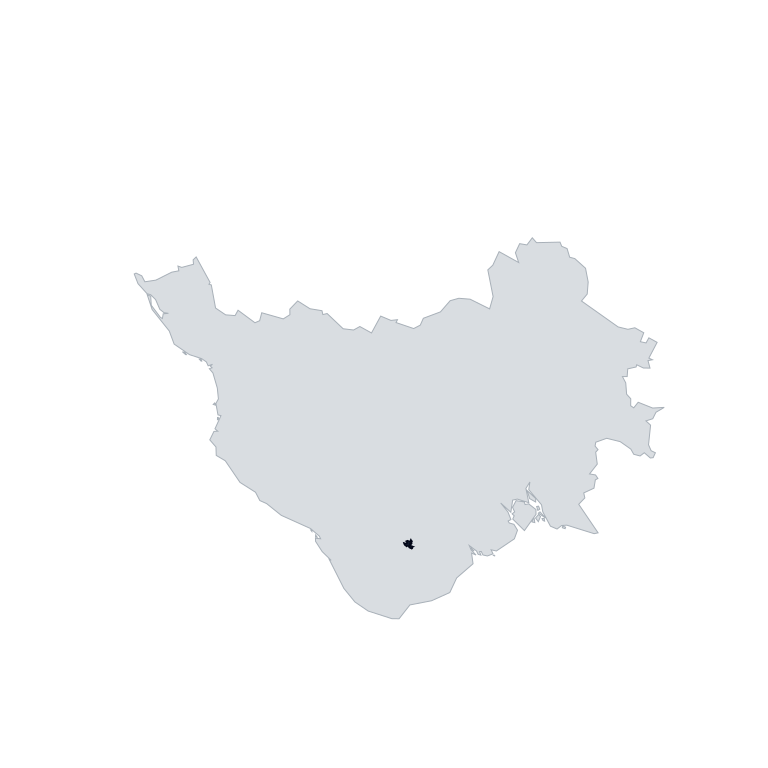 Oeiras, Piauí, Brazil shown in context, rotated 118°
{"feature_id": "56859067B10450749339831", "entity_name": "Oeiras", "entity_type": "district", "adm_level": 2, "iso_a3": "BRA", "parent_name": "Brazil", "parent_adm1": "Piauí", "projection": "equal_earth", "projection_center": [-42.206, -6.968], "detail": "fine", "context": "in_parent", "style": "filled", "palette": "ink", "viewbox_px": 768, "rotation_deg": 118, "n_neighbors": 0, "source": "geoboundaries", "source_scale": "gbopen_adm2", "svg_char_len": 5385}
<svg xmlns="http://www.w3.org/2000/svg" viewBox="0 0 768 768"><g transform="rotate(118 384 384)"><path d="M250.6,169.4L256.2,175.9L263.3,172.8L265.5,177.0L269.5,171.1L279.1,165.0L281.2,159.2L287.4,156.0L287.8,152.3L280.8,151.0L279.1,135.5L273.1,125.6L281.3,130.6L288.5,130.4L293.6,135.4L295.2,129.3L313.5,121.9L317.5,116.8L317.3,112.1L322.7,111.8L324.3,114.1L322.5,121.9L327.3,124.1L328.8,130.5L325.6,135.5L324.0,148.4L327.4,161.9L336.0,169.7L339.7,168.5L341.5,164.2L344.8,165.1L354.6,158.1L366.9,160.3L365.0,154.5L367.0,150.8L369.4,152.4L377.4,149.7L386.4,156.5L390.3,153.2L398.8,155.6L414.9,125.1L417.5,128.2L422.8,156.3L425.5,160.7L430.8,163.1L431.4,170.3L422.3,183.8L416.7,188.2L409.3,206.6L402.0,209.2L409.6,209.7L420.8,200.4L423.0,212.2L426.1,215.9L437.7,211.8L434.3,225.1L438.8,214.5L444.1,208.3L446.7,210.1L447.9,208.2L446.9,203.4L450.4,197.5L459.5,196.2L478.7,206.4L480.1,211.6L482.8,208.0L487.3,212.0L488.5,216.4L486.2,219.5L487.2,221.0L489.6,218.1L490.2,220.9L488.0,223.9L486.6,232.9L489.6,229.2L491.8,222.4L492.2,227.3L500.9,221.0L521.1,228.8L537.2,228.0L553.1,240.3L566.9,257.4L584.2,260.5L587.5,266.8L591.9,291.4L590.1,307.4L583.3,323.5L564.6,350.0L564.5,347.9L561.0,359.9L555.1,370.5L552.4,372.1L550.4,367.3L548.7,369.7L546.1,381.0L548.2,413.1L544.7,431.5L545.2,438.9L539.9,446.6L538.5,464.9L526.3,488.1L525.8,498.6L518.5,502.8L515.1,511.6L505.7,511.9L503.7,508.6L502.9,512.2L488.5,513.1L489.2,516.1L480.1,523.3L474.9,523.2L465.8,529.3L454.6,540.2L452.5,545.4L450.4,543.4L449.7,545.7L447.1,544.7L450.5,547.8L447.9,551.2L447.2,556.9L449.4,569.5L447.3,588.0L438.0,598.5L427.1,623.7L416.4,634.9L416.0,631.2L423.7,626.5L430.1,612.8L430.2,610.4L425.7,611.9L422.8,607.5L424.3,611.8L423.3,617.0L416.7,625.3L414.7,631.9L415.5,635.6L410.9,648.3L404.1,656.2L402.5,655.0L402.2,648.7L406.0,643.1L399.4,634.2L384.9,623.9L380.4,618.3L376.6,621.3L376.0,617.3L367.7,608.4L364.0,610.8L360.0,609.5L376.0,585.2L378.1,585.4L377.6,583.0L396.0,568.4L397.3,556.3L393.5,547.6L387.4,547.5L390.5,526.7L386.5,523.5L378.5,525.4L373.8,503.5L367.0,499.6L362.1,502.3L351.2,499.2L352.3,484.7L348.4,473.2L351.4,470.6L348.5,467.3L354.4,446.0L350.6,436.2L344.6,432.3L344.8,419.0L325.6,418.8L324.6,407.7L320.9,402.3L324.1,402.2L321.1,383.8L315.0,379.6L307.5,380.1L293.8,368.0L279.4,364.7L273.2,358.2L268.7,347.8L268.1,326.0L255.6,328.7L234.5,345.9L228.0,343.7L213.1,344.5L213.5,322.1L206.4,329.6L196.4,330.1L194.1,323.1L185.3,321.7L187.6,315.7L176.1,295.2L179.0,291.7L178.5,285.9L184.9,279.6L183.7,274.4L187.2,260.4L198.1,251.6L209.2,246.8L218.0,248.6L223.7,204.1L221.2,194.3L216.6,188.9L216.8,178.7L226.3,177.5L224.7,171.9L218.9,171.8L219.0,162.4L236.8,162.3L236.6,158.4L239.4,161.9L245.1,156.6L248.1,162.5L248.4,169.9L250.6,169.4ZM427.7,188.6L447.5,191.2L442.8,206.9L439.2,207.2L438.5,209.9L435.6,208.6L432.5,212.6L425.0,212.6L422.3,204.8L424.2,202.8L421.9,200.0L423.5,190.9L427.7,188.6ZM410.9,207.5L413.9,196.3L417.0,194.7L416.8,201.6L410.9,207.5ZM433.1,183.1L431.2,187.3L426.7,186.3L427.5,183.6L433.1,183.1ZM426.4,178.5L425.6,187.1L423.7,186.2L426.4,178.5ZM436.3,188.6L433.5,189.0L432.2,188.3L435.6,185.8L436.3,188.6ZM423.4,188.8L420.5,191.7L419.3,190.2L421.4,187.7L423.4,188.8ZM428.7,181.3L427.4,179.5L429.7,177.8L429.9,179.5L428.7,181.3ZM427.2,159.1L425.5,159.5L425.2,156.4L426.7,156.2L427.2,159.1ZM450.2,577.1L449.6,574.6L450.8,572.2L451.2,572.9L450.2,577.1ZM481.7,522.3L482.2,525.2L480.2,524.6L481.7,522.3ZM448.8,558.7L448.0,557.2L449.2,555.6L449.7,556.2L448.8,558.7ZM489.1,227.3L487.9,230.5L489.2,225.9L489.1,227.3ZM551.3,372.6L549.4,373.5L550.6,371.0L551.3,372.6ZM493.7,514.3L491.7,515.3L491.3,514.7L492.5,513.4L493.7,514.3ZM548.1,378.4L547.3,380.1L546.9,379.0L548.1,378.4ZM483.8,205.1L484.0,206.9L483.4,206.6L483.8,205.1Z" fill="#d9dde1" stroke="#a8b0b8" stroke-width="1"/><path d="M514.0,282.1L514.1,282.9L514.1,283.2L514.1,283.4L514.1,283.5L514.3,283.7L514.4,283.8L514.4,284.0L514.4,284.3L514.3,284.5L514.2,284.6L514.3,284.6L514.4,284.8L514.3,285.0L514.2,285.1L513.9,285.1L513.9,285.3L513.8,285.5L513.7,285.6L513.7,285.8L513.4,286.0L513.2,286.1L513.0,285.9L513.0,285.7L513.0,285.4L512.9,285.3L512.7,285.4L512.6,285.5L512.5,285.4L512.5,285.2L512.5,284.9L512.4,284.9L512.3,285.0L512.2,285.0L512.2,284.9L511.9,284.8L511.8,284.7L511.7,284.7L511.6,284.8L511.4,284.9L511.4,285.0L511.2,285.3L511.0,285.9L510.9,285.9L510.8,286.0L510.7,286.0L510.6,285.9L510.5,285.7L510.4,285.6L510.2,285.6L510.0,285.4L509.9,285.4L509.7,285.4L509.2,286.8L508.9,287.2L509.1,287.2L509.6,287.1L510.7,286.9L511.0,286.8L511.1,287.0L511.1,287.3L511.1,287.5L511.1,288.1L511.3,288.7L511.2,289.3L511.3,289.7L512.3,290.5L512.3,290.4L512.3,290.2L512.4,289.9L512.5,289.9L512.6,289.7L512.7,289.8L512.8,289.8L512.9,289.7L513.0,289.6L513.0,289.4L513.1,289.2L513.3,289.2L513.5,289.0L513.5,288.9L513.8,288.8L514.5,289.5L514.9,291.3L515.0,291.8L515.1,291.7L515.3,291.6L515.4,291.4L515.5,291.3L515.7,291.1L515.5,290.8L516.1,290.4L516.4,289.9L516.5,289.7L516.6,289.1L516.5,288.3L516.4,288.2L516.6,288.0L516.7,287.9L516.8,287.8L516.8,287.7L516.1,287.5L515.9,287.5L515.9,287.4L515.9,287.2L515.8,286.9L515.7,286.8L515.6,286.7L515.6,286.4L515.6,286.2L515.8,285.9L515.9,285.7L516.0,285.4L515.9,285.4L516.0,285.3L516.0,285.2L516.3,285.0L516.3,284.9L516.5,284.9L516.5,284.3L516.5,283.6L516.3,282.7L516.4,282.2L515.7,281.9L515.1,282.0L514.9,282.1L514.3,282.2L514.1,282.2L514.0,282.1Z" fill="#0f172a" stroke="#020617" stroke-width="1.5"/></g></svg>